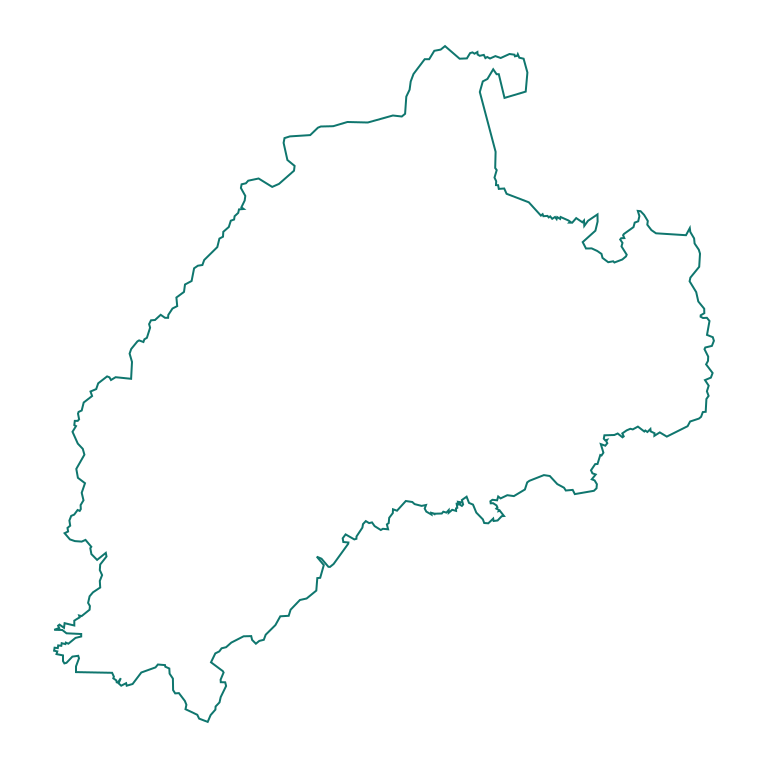 Atzalan, Veracruz, Mexico
{"feature_id": "50627088B7265793034520", "entity_name": "Atzalan", "entity_type": "district", "adm_level": 2, "iso_a3": "MEX", "parent_name": "Mexico", "parent_adm1": "Veracruz", "projection": "albers", "projection_center": [-97.113, 19.905], "detail": "fine", "context": "isolated", "style": "outline", "palette": "teal", "viewbox_px": 768, "rotation_deg": 0, "n_neighbors": 0, "source": "geoboundaries", "source_scale": "gbopen_adm2", "svg_char_len": 5992}
<svg xmlns="http://www.w3.org/2000/svg" viewBox="0 0 768 768"><path d="M705.7,411.8L706.4,399.0L708.6,395.9L706.9,391.3L708.7,385.7L705.0,380.1L710.9,377.6L712.6,373.0L706.1,364.4L708.0,360.9L708.2,356.6L704.5,349.2L705.3,347.5L711.9,345.9L713.9,340.8L712.8,337.2L707.0,334.9L709.5,321.0L706.9,317.8L703.0,318.0L700.6,316.7L700.7,315.3L704.3,313.2L704.2,308.7L698.3,301.5L696.2,292.1L689.6,281.3L690.4,277.6L699.2,266.8L700.0,253.7L698.8,249.7L694.6,243.5L694.1,238.4L690.3,232.0L689.8,228.1L686.0,235.2L656.0,233.3L651.4,230.1L647.3,224.7L647.8,221.0L644.1,214.9L640.6,211.2L637.8,210.9L639.4,216.1L638.2,221.3L634.7,222.6L633.5,227.1L623.9,234.0L623.1,235.2L624.3,238.1L621.2,238.2L620.2,239.5L622.5,242.9L621.5,246.4L626.7,254.7L626.0,256.4L622.3,259.5L614.4,262.5L613.2,261.3L608.2,262.2L602.5,257.9L601.5,253.9L597.1,250.9L591.7,248.4L586.0,248.5L582.7,242.1L595.4,230.7L597.6,221.6L597.5,214.4L588.0,220.8L584.3,225.9L584.0,220.5L582.4,222.3L576.2,218.1L572.2,222.7L569.3,222.6L570.2,221.7L568.5,220.5L560.6,217.0L560.1,218.9L557.2,217.1L556.6,219.1L555.0,217.0L552.2,218.8L550.2,216.4L548.7,217.4L547.5,215.9L543.4,216.2L542.6,214.2L540.9,215.6L528.8,202.3L506.6,193.8L504.2,188.5L498.8,188.9L498.1,185.2L496.0,185.1L496.2,181.2L494.5,177.6L496.7,170.1L495.2,168.0L495.6,151.8L479.8,92.0L482.8,81.4L487.4,79.0L493.2,69.3L496.6,74.2L498.8,74.2L504.5,97.9L525.7,91.6L527.4,72.5L523.6,58.7L519.3,57.7L517.8,54.2L517.1,55.9L514.9,56.3L514.5,54.7L509.5,54.0L500.7,58.0L495.4,56.1L490.0,58.5L487.2,57.0L485.4,58.1L483.8,54.9L479.7,55.8L477.6,54.5L477.4,52.0L474.5,53.7L472.5,52.4L470.1,53.1L466.9,58.4L459.6,58.7L445.0,46.1L440.7,49.6L434.3,50.8L429.2,59.2L424.7,59.2L413.5,74.0L410.7,81.5L409.6,89.7L406.3,96.6L405.1,113.8L401.8,116.5L392.9,115.5L367.8,122.5L347.4,122.0L333.2,126.2L320.8,126.5L317.9,127.7L310.2,135.1L289.9,136.4L284.5,138.1L283.6,142.9L287.4,160.0L294.6,165.9L294.0,170.7L279.0,183.9L272.2,186.9L258.6,178.5L248.2,180.7L245.9,183.3L241.6,184.3L240.9,188.0L245.3,195.9L244.7,200.5L241.4,207.3L243.7,209.0L239.0,209.4L238.2,212.9L234.6,216.2L234.1,219.5L230.8,220.7L228.8,227.0L223.3,231.8L223.0,236.7L219.4,238.6L217.3,247.1L204.2,260.0L202.4,265.0L197.9,265.7L194.1,268.3L191.6,281.0L185.0,284.5L184.0,291.9L176.4,297.5L177.2,306.1L172.5,308.5L168.3,314.9L168.1,317.8L165.0,317.8L160.7,314.8L155.0,320.0L151.0,320.3L149.1,324.1L150.1,327.7L146.9,337.8L144.4,339.3L143.4,342.0L139.1,340.4L137.4,341.4L131.2,349.0L129.6,353.6L132.0,361.9L131.1,378.8L115.6,377.2L111.0,380.0L109.4,377.3L107.1,376.4L98.2,383.3L96.2,389.1L90.5,391.5L92.1,396.0L83.7,402.5L81.7,410.5L78.6,411.9L78.0,413.6L79.1,419.3L77.7,420.9L74.8,420.9L74.3,425.1L76.0,426.1L72.5,431.8L77.8,443.6L82.8,448.9L84.4,454.7L76.3,468.9L77.9,477.8L85.0,483.2L81.7,492.8L83.5,500.3L80.6,505.1L80.8,509.1L79.7,510.9L77.6,510.0L74.2,514.6L71.2,515.9L69.4,520.5L70.2,525.7L67.5,527.9L68.1,531.5L64.6,533.2L69.9,539.4L74.9,541.1L81.7,541.6L85.5,539.9L91.3,546.8L90.3,548.2L91.4,554.1L97.1,559.9L105.8,552.9L106.5,556.5L100.2,564.5L99.8,570.1L102.1,575.1L99.8,580.9L100.2,587.5L93.0,592.3L89.6,596.3L88.1,602.9L89.9,606.0L89.6,609.7L81.6,616.1L79.1,615.5L79.7,617.3L74.3,620.6L74.3,625.5L64.6,623.2L64.0,627.8L59.5,624.6L58.1,625.7L59.2,628.0L54.2,629.8L62.3,630.0L66.5,633.3L81.2,634.0L81.2,636.5L75.5,637.9L68.4,643.7L65.8,642.6L65.4,644.1L61.7,643.2L61.3,645.8L58.2,645.4L57.8,648.1L54.6,647.7L54.1,650.7L57.3,651.4L56.5,654.1L63.0,655.4L63.0,661.1L64.4,663.4L66.5,662.8L72.4,656.6L78.2,655.8L79.0,658.3L76.0,666.4L76.0,672.1L112.1,672.8L113.9,676.7L113.3,678.3L116.3,680.4L116.7,682.3L117.9,682.6L120.8,678.2L118.6,683.3L121.2,685.7L126.1,683.2L126.7,685.7L132.6,684.0L141.3,672.5L155.5,667.4L157.9,664.5L165.0,665.1L165.3,666.7L169.3,668.5L169.6,673.7L172.9,678.6L173.1,690.1L175.2,693.4L178.9,693.1L184.9,701.0L186.4,704.8L185.5,709.2L197.3,714.8L199.1,718.6L207.7,721.9L210.6,715.1L215.4,709.6L215.6,706.5L219.5,702.4L220.7,697.1L226.1,686.0L225.2,682.3L220.8,682.2L220.6,679.7L223.6,672.5L222.8,671.1L211.0,662.3L215.3,653.4L219.3,651.4L221.6,648.3L226.1,647.2L231.3,642.6L243.6,636.3L251.2,636.1L252.1,639.9L255.9,643.7L259.3,640.9L263.8,639.8L265.7,634.7L275.4,625.1L280.3,616.3L288.7,615.8L290.6,609.7L299.9,600.0L306.6,598.5L316.3,590.6L317.3,578.1L320.2,577.8L323.8,565.1L316.8,556.7L321.5,558.7L328.4,566.8L330.0,566.9L333.6,564.0L348.2,543.8L348.4,542.5L343.3,542.0L342.7,538.3L345.6,534.4L354.3,539.4L356.4,538.8L356.5,536.5L362.4,527.6L363.0,524.1L365.8,521.1L369.1,523.1L372.0,522.4L374.6,526.1L380.8,530.0L382.9,528.8L388.1,529.3L386.9,524.4L388.7,523.1L389.2,517.8L392.8,513.1L393.0,509.3L397.0,510.7L405.8,501.0L412.3,502.0L414.6,504.1L421.6,505.9L426.0,505.0L424.7,508.6L426.3,511.6L431.5,514.6L431.2,512.8L434.6,513.7L434.2,515.0L435.0,513.7L441.8,513.5L443.3,511.7L446.4,512.6L448.7,510.1L448.7,512.8L452.2,509.8L456.1,510.9L456.0,508.4L457.3,507.8L456.5,502.7L457.5,505.1L458.6,504.0L458.0,501.8L461.0,502.3L459.3,504.3L461.9,505.9L463.1,504.5L461.9,500.0L466.6,496.7L469.0,502.9L473.0,504.6L476.3,512.6L482.9,519.4L484.2,523.0L488.3,523.3L493.2,518.6L493.6,521.0L497.6,520.5L501.7,516.2L504.0,516.0L499.9,510.8L498.7,511.1L499.2,510.1L496.3,508.6L497.4,507.4L496.5,505.4L493.1,503.2L490.7,503.3L490.4,501.3L492.4,499.8L497.1,500.3L498.2,496.5L500.6,498.4L507.3,495.2L513.9,496.1L524.9,489.5L527.2,482.4L529.4,480.8L543.9,475.1L549.8,476.0L557.3,484.1L564.0,487.7L565.8,490.5L572.7,489.9L574.8,494.1L593.9,490.8L596.5,488.3L596.9,484.2L594.6,480.4L591.8,479.3L595.7,474.5L592.4,473.3L591.0,470.3L595.2,464.1L597.5,464.0L600.3,455.0L601.5,455.5L603.4,452.7L600.8,444.1L605.3,445.7L607.3,443.2L606.2,441.2L607.1,439.8L605.2,440.3L603.8,438.7L604.4,435.3L614.3,435.0L617.7,433.5L622.5,437.3L623.7,436.4L622.3,433.4L626.6,430.4L630.3,428.8L632.8,429.4L637.9,426.6L644.3,431.5L645.3,430.5L647.4,432.0L650.4,429.0L650.7,431.4L654.5,433.2L654.4,435.8L659.8,432.4L666.8,436.6L687.6,426.2L690.1,421.5L698.9,418.6L701.1,416.8L702.8,412.1L705.7,411.8Z" fill="none" stroke="#0f766e" stroke-width="2"/></svg>